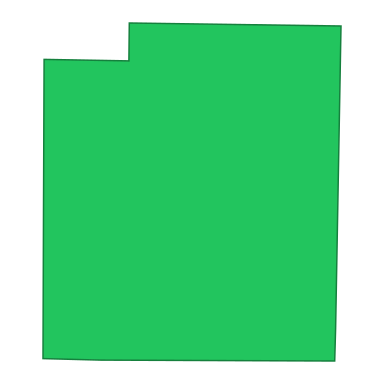 Palo Pinto, Texas, United States of America (Albers equal-area conic projection)
{"feature_id": "52423323B58285060103577", "entity_name": "Palo Pinto", "entity_type": "district", "adm_level": 2, "iso_a3": "USA", "parent_name": "United States of America", "parent_adm1": "Texas", "projection": "albers", "projection_center": [-98.332, 32.76], "detail": "fine", "context": "isolated", "style": "filled", "palette": "green", "viewbox_px": 384, "rotation_deg": 0, "n_neighbors": 0, "source": "geoboundaries", "source_scale": "gbopen_adm2", "svg_char_len": 245}
<svg xmlns="http://www.w3.org/2000/svg" viewBox="0 0 384 384"><path d="M335.6,328.8L341.0,26.0L129.3,23.0L128.9,60.9L44.1,59.4L43.5,209.6L43.0,358.6L101.1,360.1L334.7,361.0L335.6,328.8Z" fill="#22c55e" stroke="#15803d" stroke-width="1.5"/></svg>